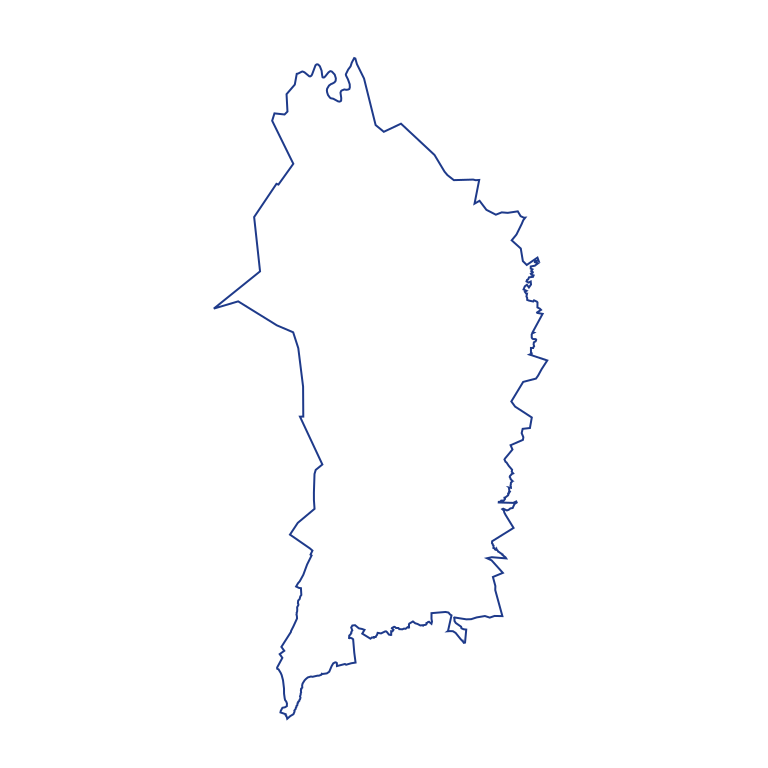 Mochitlán, Guerrero, Mexico (Natural Earth projection), rotated 176°
{"feature_id": "50627088B81925526964077", "entity_name": "Mochitlán", "entity_type": "district", "adm_level": 2, "iso_a3": "MEX", "parent_name": "Mexico", "parent_adm1": "Guerrero", "projection": "natural_earth1", "projection_center": [-99.379, 17.343], "detail": "fine", "context": "isolated", "style": "outline", "palette": "blue", "viewbox_px": 768, "rotation_deg": 176, "n_neighbors": 0, "source": "geoboundaries", "source_scale": "gbopen_adm2", "svg_char_len": 6109}
<svg xmlns="http://www.w3.org/2000/svg" viewBox="0 0 768 768"><g transform="rotate(176 384 384)"><path d="M510.2,63.6L505.2,61.5L505.4,60.9L504.7,60.3L504.8,59.5L504.2,58.6L503.9,56.8L500.6,59.3L497.4,60.9L496.1,63.4L496.2,64.5L494.8,66.0L494.5,67.3L493.9,67.9L493.8,68.9L492.9,69.6L492.5,71.7L491.8,72.1L491.7,73.1L490.6,73.8L490.2,75.1L489.7,75.5L489.2,77.0L489.6,78.2L488.8,80.0L488.7,81.2L488.2,82.0L488.3,84.1L487.9,84.9L488.1,85.2L487.9,85.9L486.7,86.8L486.7,89.0L486.1,90.9L483.9,93.9L482.6,95.1L480.5,96.6L477.3,97.3L475.7,96.9L470.6,97.7L469.2,97.6L466.8,98.3L466.3,99.3L465.6,99.0L461.2,99.3L458.7,100.8L455.9,106.3L454.1,108.9L452.2,109.7L451.5,109.7L450.5,108.9L450.6,105.9L442.5,107.4L441.4,106.6L436.2,107.7L431.8,108.1L432.4,118.0L432.6,131.5L433.6,132.4L435.1,133.1L436.2,133.1L436.7,132.2L436.2,135.5L434.8,136.6L434.3,137.8L433.9,138.0L433.9,138.8L433.6,139.5L432.8,140.4L433.7,143.4L432.4,145.3L429.7,145.4L426.1,142.0L423.1,141.2L420.6,140.1L423.1,136.5L415.3,130.9L413.7,132.0L411.9,131.6L411.8,132.3L409.9,132.2L409.6,132.9L408.4,134.3L407.7,136.2L404.4,135.4L400.1,137.1L399.2,137.1L398.4,136.4L396.6,133.7L394.6,133.1L394.3,133.2L394.1,136.9L392.8,136.7L391.7,138.1L393.2,139.8L393.0,140.1L390.8,141.1L389.9,140.7L389.1,139.8L386.7,139.6L386.3,139.2L385.9,138.4L382.8,138.0L381.1,138.6L379.5,138.3L377.4,139.8L376.3,139.2L376.0,139.3L375.9,142.4L375.5,143.2L371.7,145.1L369.5,143.1L367.3,142.3L364.6,140.6L362.5,140.7L361.9,140.2L361.3,140.7L359.2,140.9L358.5,141.3L358.3,142.6L357.6,142.7L356.8,143.4L355.7,143.7L353.4,141.5L352.7,143.6L353.0,146.4L352.6,152.1L338.5,152.3L335.6,151.5L334.2,149.5L332.8,148.5L337.4,133.1L337.7,132.9L335.7,132.9L332.5,132.6L329.9,130.7L325.3,124.1L324.0,122.5L323.4,122.5L323.3,121.7L322.4,120.2L321.2,120.4L319.1,133.3L321.7,133.8L323.8,134.9L324.0,136.5L329.1,140.6L330.2,142.7L330.1,144.2L330.3,146.0L330.0,146.2L318.3,143.5L313.5,143.3L307.8,144.7L299.5,145.5L294.8,143.6L289.9,144.9L282.1,144.2L287.4,170.7L287.0,174.7L288.8,183.9L278.6,187.3L289.0,200.6L293.4,203.0L288.5,203.7L274.3,201.5L274.9,202.6L277.1,204.6L277.5,205.5L277.9,205.4L278.5,206.5L278.9,206.6L281.0,208.4L281.8,208.8L282.3,210.0L283.2,210.9L283.3,211.4L283.7,210.7L284.4,210.9L285.0,211.5L285.1,212.5L286.3,212.8L286.0,215.2L286.7,215.9L286.7,216.7L287.4,217.7L287.1,219.6L264.8,231.4L271.9,245.0L272.9,247.3L273.3,249.5L274.7,250.9L273.8,251.3L270.2,249.3L268.4,249.8L266.6,251.1L264.3,251.3L262.2,255.2L259.9,256.5L260.3,257.6L263.4,256.4L277.8,257.8L277.7,258.4L276.3,258.4L275.2,259.5L274.1,259.5L273.4,259.0L272.6,259.4L271.3,260.9L271.3,261.2L271.8,261.8L271.8,262.2L270.8,262.4L268.0,264.3L267.7,264.8L267.9,265.8L267.6,266.3L267.1,266.2L266.0,267.8L266.7,268.1L266.4,269.1L266.6,270.9L266.1,271.7L266.4,272.0L264.6,271.6L264.6,273.0L264.9,274.1L264.4,275.2L264.4,276.3L264.2,276.8L263.4,277.3L263.2,278.5L262.8,278.5L264.3,280.2L264.3,280.8L265.1,282.5L264.7,283.5L263.1,284.9L263.0,285.3L261.4,285.8L262.7,287.6L262.2,289.5L265.3,293.7L267.2,297.1L268.2,297.9L269.1,300.3L268.4,301.3L260.4,309.7L262.0,314.1L249.3,318.6L248.7,321.2L250.1,325.4L248.8,329.6L241.5,329.9L238.9,340.3L254.8,352.3L258.2,357.7L245.0,376.4L232.0,378.8L229.7,381.6L225.8,387.7L219.5,396.1L236.8,403.2L234.9,403.9L235.1,404.1L234.7,404.7L235.2,405.3L234.9,409.7L232.7,409.5L232.4,410.3L231.6,411.2L232.0,413.0L231.6,415.1L229.8,416.0L229.2,417.1L229.1,417.6L229.6,418.2L232.0,418.4L232.7,418.8L233.4,419.9L233.2,423.2L232.5,424.2L230.9,424.8L232.1,425.3L220.9,442.9L226.1,444.2L226.3,444.7L222.2,447.0L223.2,448.2L225.6,449.7L225.2,454.7L225.8,455.5L228.5,457.0L229.4,455.9L233.6,457.1L235.3,457.9L235.2,460.1L235.8,461.3L235.1,463.9L235.5,463.8L237.0,466.1L235.3,467.0L238.2,468.6L236.7,471.6L234.5,473.0L232.7,470.2L230.4,473.0L230.5,476.0L232.7,475.1L234.7,476.4L234.0,477.9L232.9,478.3L231.9,480.3L227.9,480.5L227.2,481.9L229.3,482.7L229.8,483.9L228.1,484.5L227.7,485.1L229.2,486.4L227.9,488.0L229.6,488.9L229.4,491.0L225.3,491.5L221.9,493.7L225.0,495.0L224.8,496.0L221.8,496.3L221.1,495.9L222.1,499.4L233.3,492.8L236.9,496.9L238.1,509.6L246.6,518.4L241.4,523.9L235.4,534.2L233.7,537.6L231.5,540.1L232.8,540.1L236.0,541.9L238.5,546.9L248.6,546.1L254.6,547.0L260.6,545.1L269.7,550.6L275.9,560.1L281.1,557.6L274.8,580.9L278.3,580.9L280.8,581.7L300.1,582.5L306.1,587.9L308.8,591.6L317.6,608.9L348.9,642.5L366.6,635.6L374.3,642.9L382.6,690.1L388.7,705.0L389.9,710.7L391.0,711.2L393.7,706.9L395.2,703.2L397.8,700.2L400.3,695.9L400.5,695.2L400.2,694.0L398.7,690.4L397.3,685.4L397.4,682.3L397.7,681.5L398.0,680.7L399.4,680.2L401.1,680.1L403.1,680.6L405.8,679.7L406.4,679.2L407.1,677.6L406.7,672.2L407.0,669.8L407.4,669.2L408.6,668.8L410.0,669.1L414.7,672.1L417.2,672.8L418.0,673.5L419.7,676.2L420.4,679.0L420.5,681.0L420.1,682.6L418.0,685.6L415.7,687.0L414.5,687.3L412.3,688.4L411.1,689.8L410.7,692.3L411.6,696.1L414.1,699.2L415.4,699.8L416.1,699.7L417.7,698.7L421.4,694.7L422.6,693.9L423.6,694.1L423.9,694.3L424.2,696.7L424.4,700.9L425.8,705.4L427.2,707.1L427.9,707.5L429.0,707.5L430.1,706.7L434.1,697.9L434.8,696.8L435.5,696.3L436.2,696.0L437.1,696.2L441.6,700.5L443.4,701.4L444.2,701.3L448.0,699.7L449.4,699.5L452.1,688.9L461.0,679.9L461.3,662.5L464.4,659.8L474.4,661.6L477.2,654.4L459.1,610.0L475.4,590.3L477.3,591.2L501.9,559.6L499.8,505.0L548.5,471.1L523.7,476.6L486.8,450.0L471.0,441.9L467.0,425.7L464.9,387.0L466.8,357.1L470.1,357.3L451.1,308.0L458.1,303.1L459.6,299.1L461.5,280.6L462.0,273.1L462.0,264.3L479.7,251.5L488.3,240.3L469.3,225.1L467.0,222.8L469.2,218.9L468.2,218.0L473.3,209.3L477.8,199.3L481.8,193.1L483.7,191.2L485.8,188.1L483.0,186.5L481.1,186.1L481.2,179.3L482.3,178.0L483.2,175.3L484.6,174.1L484.8,173.6L485.2,171.2L484.8,170.4L484.8,169.6L486.2,167.4L486.3,164.7L486.6,162.8L487.1,162.0L487.1,160.7L487.4,160.1L487.1,158.7L487.1,156.2L491.3,148.5L494.0,144.0L494.1,143.2L504.7,128.9L502.1,124.8L506.9,121.8L504.5,117.9L510.4,108.6L510.4,107.4L509.1,106.7L507.2,103.0L506.4,100.8L505.4,95.5L505.0,87.2L505.3,82.1L505.0,77.5L504.7,75.6L503.7,74.1L503.1,72.1L503.4,69.4L505.4,68.4L507.9,68.1L509.8,65.1L510.2,63.6Z" fill="none" stroke="#1e3a8a" stroke-width="2"/></g></svg>